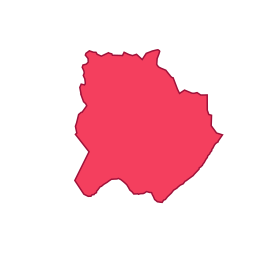 Bokkos, Plateau, Nigeria (Robinson projection), rotated 311°
{"feature_id": "59680162B1032840889978", "entity_name": "Bokkos", "entity_type": "district", "adm_level": 2, "iso_a3": "NGA", "parent_name": "Nigeria", "parent_adm1": "Plateau", "projection": "robinson", "projection_center": [8.917, 9.236], "detail": "fine", "context": "isolated", "style": "filled", "palette": "rose", "viewbox_px": 256, "rotation_deg": 311, "n_neighbors": 0, "source": "geoboundaries", "source_scale": "gbopen_adm2", "svg_char_len": 2175}
<svg xmlns="http://www.w3.org/2000/svg" viewBox="0 0 256 256"><g transform="rotate(311 128 128)"><path d="M49.1,138.2L50.3,142.7L50.9,143.4L52.2,144.8L54.1,144.7L55.4,146.0L56.6,145.9L58.5,146.6L59.7,145.8L61.5,145.8L65.3,145.5L66.6,146.2L69.7,146.7L73.4,147.9L75.4,148.3L77.6,148.9L78.4,149.1L80.4,151.1L82.3,153.1L83.6,153.8L83.8,154.3L84.4,156.6L84.5,159.4L84.5,161.5L84.4,164.3L83.5,167.2L82.4,170.1L82.4,170.8L82.5,172.8L82.0,175.7L83.2,176.9L83.3,177.1L84.7,178.4L84.8,179.3L86.5,180.4L87.8,181.8L88.5,182.5L89.7,183.1L92.2,183.7L92.8,185.0L93.5,186.5L94.7,188.2L93.7,190.0L93.2,191.4L92.6,192.8L91.5,195.0L91.6,197.1L91.6,198.5L92.9,200.6L94.3,202.6L96.8,202.2L98.6,203.1L102.3,202.9L102.8,203.0L107.3,203.4L109.2,203.3L111.0,203.2L114.8,204.4L116.0,204.4L119.1,204.9L122.3,206.3L123.3,206.1L125.4,206.0L126.4,206.5L129.4,207.1L129.8,207.2L132.3,207.8L132.9,207.9L134.8,208.4L136.6,208.3L140.9,208.5L143.5,208.6L144.7,207.9L146.6,208.5L147.5,208.4L148.5,208.7L149.4,208.3L150.9,208.2L152.0,208.1L153.9,207.7L155.8,207.3L156.8,207.3L157.7,207.2L158.8,206.7L159.5,206.4L160.6,206.5L162.1,206.6L163.1,206.2L164.4,206.1L165.7,206.1L166.9,205.3L168.1,205.3L171.8,204.4L173.7,204.3L175.1,204.6L176.2,204.9L176.6,205.1L177.5,204.6L184.8,203.8L182.3,198.1L184.3,189.3L192.4,182.7L191.2,180.1L193.4,176.2L204.9,166.1L200.6,161.3L200.0,156.9L197.5,155.1L196.2,153.4L193.7,145.8L187.9,144.2L189.6,140.1L195.5,129.1L195.0,128.3L194.9,126.8L194.9,126.6L196.4,118.6L194.7,113.5L194.1,110.9L194.8,108.0L199.4,104.5L204.3,102.7L206.7,101.6L206.9,100.9L206.7,99.3L205.4,98.2L202.0,95.8L196.3,92.8L189.0,93.8L189.2,86.1L185.6,83.9L184.0,80.4L182.6,75.4L179.1,76.3L172.7,68.5L173.3,67.1L172.1,64.7L172.0,63.9L164.7,60.7L163.4,56.4L164.1,54.2L162.5,52.2L160.9,48.2L156.8,47.3L155.0,48.0L154.2,52.3L151.9,54.5L151.3,54.8L148.8,54.6L146.0,52.7L143.8,53.6L142.1,57.3L140.8,58.9L138.3,59.8L136.8,63.1L134.5,65.7L133.4,66.7L132.4,66.8L132.0,66.9L130.4,63.9L127.0,65.0L122.8,70.3L122.6,70.2L118.7,77.2L118.6,80.1L117.7,82.3L109.9,83.0L109.1,82.4L105.8,81.9L98.0,85.9L94.8,87.2L90.6,92.7L88.7,92.5L84.5,114.2L53.5,122.3L49.1,138.2Z" fill="#f43f5e" stroke="#9f1239" stroke-width="1.5"/></g></svg>